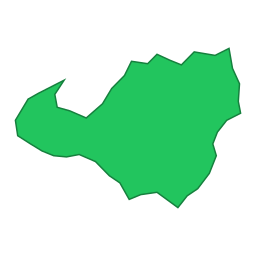 the district of Agios Ioannis Malountas, Nicosia, Cyprus
{"feature_id": "46923920B28301688096531", "entity_name": "Agios Ioannis Malountas", "entity_type": "district", "adm_level": 2, "iso_a3": "CYP", "parent_name": "Cyprus", "parent_adm1": "Nicosia", "projection": "natural_earth1", "projection_center": [33.174, 35.073], "detail": "fine", "context": "isolated", "style": "filled", "palette": "green", "viewbox_px": 256, "rotation_deg": 0, "n_neighbors": 0, "source": "geoboundaries", "source_scale": "gbopen_adm2", "svg_char_len": 628}
<svg xmlns="http://www.w3.org/2000/svg" viewBox="0 0 256 256"><path d="M157.0,54.3L147.7,63.7L131.5,61.3L124.5,75.5L111.7,88.5L102.5,103.8L86.2,118.0L69.9,110.9L57.2,107.3L54.8,94.4L64.1,80.2L38.6,93.2L28.1,99.1L15.4,120.3L17.7,135.7L30.5,143.9L42.1,151.0L53.7,155.7L66.5,156.9L79.2,154.5L95.5,161.6L109.4,175.8L119.9,182.9L129.2,199.4L140.8,194.6L157.0,192.3L177.9,207.6L187.2,195.8L197.7,188.7L209.3,173.4L216.3,155.7L212.8,143.9L217.4,132.1L226.7,120.3L240.6,113.2L238.3,101.4L239.5,83.8L232.5,68.4L229.0,48.4L215.1,55.4L194.2,51.9L181.4,64.9L169.8,60.2L157.0,54.3Z" fill="#22c55e" stroke="#15803d" stroke-width="1.5"/></svg>